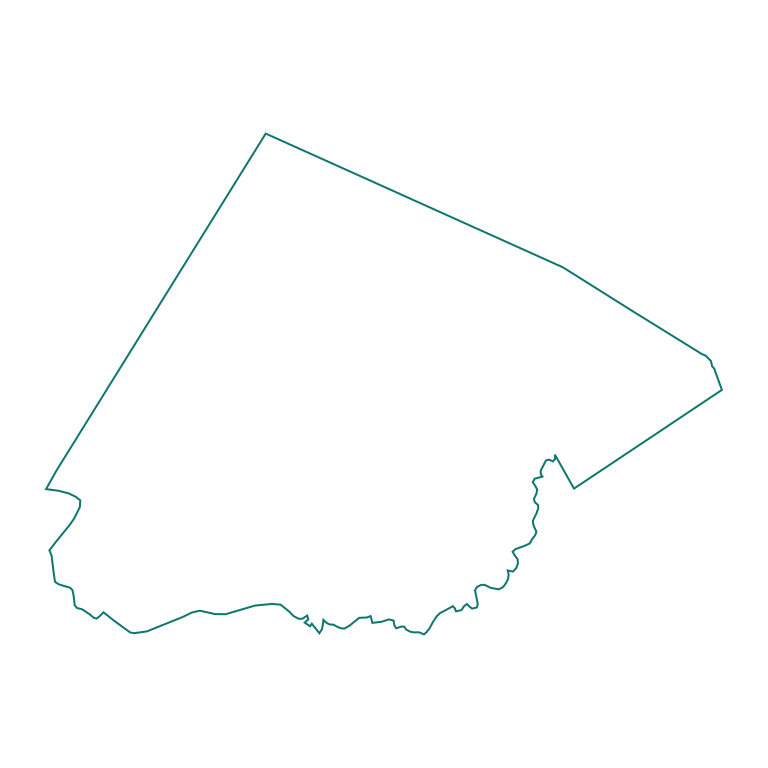 outline of Monte Alegre do Piauí, Piauí, Brazil
{"feature_id": "56859067B876733905901", "entity_name": "Monte Alegre do Piauí", "entity_type": "district", "adm_level": 2, "iso_a3": "BRA", "parent_name": "Brazil", "parent_adm1": "Piauí", "projection": "albers", "projection_center": [-45.01, -9.577], "detail": "fine", "context": "isolated", "style": "outline", "palette": "teal", "viewbox_px": 768, "rotation_deg": 0, "n_neighbors": 0, "source": "geoboundaries", "source_scale": "gbopen_adm2", "svg_char_len": 1926}
<svg xmlns="http://www.w3.org/2000/svg" viewBox="0 0 768 768"><path d="M265.7,133.6L119.6,368.9L56.4,470.7L46.1,489.1L58.2,490.7L68.7,493.4L75.6,496.7L80.3,500.4L79.8,507.2L74.1,518.6L69.5,525.2L56.1,541.6L49.4,550.3L51.6,555.7L53.7,573.0L55.0,581.8L58.7,584.3L64.5,586.1L70.1,587.7L72.5,590.2L73.6,595.6L74.7,605.2L77.2,608.1L81.9,609.2L89.8,614.4L93.7,617.7L96.6,618.6L100.2,615.7L103.5,612.3L114.2,620.8L130.1,632.4L133.9,633.2L146.9,631.4L182.9,616.9L191.9,612.5L199.8,610.7L215.2,614.1L225.6,614.2L254.9,605.6L272.1,603.9L280.7,604.7L289.8,612.1L293.2,615.8L298.9,618.9L302.6,618.6L307.2,615.6L308.3,619.3L304.7,622.6L310.1,626.3L311.8,623.7L319.4,633.2L321.9,629.4L322.9,624.5L323.4,619.9L326.4,622.7L329.4,624.4L333.6,624.7L337.0,626.7L340.8,628.3L344.4,628.6L349.7,625.5L354.1,621.9L359.3,617.8L366.8,617.5L370.6,616.1L372.4,622.9L381.5,621.8L388.9,619.4L393.6,620.6L394.4,625.5L396.3,628.3L401.1,626.6L404.2,626.7L406.3,629.7L410.3,631.7L414.3,632.4L419.1,632.3L424.0,634.4L426.6,632.1L429.6,628.2L432.9,622.1L436.6,616.4L440.2,613.0L446.2,609.9L452.9,606.2L454.8,608.3L456.0,611.4L461.4,610.1L464.2,606.1L467.0,604.0L469.0,606.2L472.1,608.6L476.7,607.5L477.8,604.2L475.0,590.2L477.0,587.0L481.2,584.9L484.7,584.9L490.8,587.9L498.8,589.3L503.0,587.1L506.1,583.0L508.2,578.5L508.6,574.4L507.7,570.5L513.0,571.6L516.3,568.0L517.9,563.5L517.6,559.2L514.9,555.6L512.6,551.8L515.4,549.1L524.0,546.1L529.8,543.4L532.3,538.8L535.3,535.1L536.4,531.6L534.5,527.8L533.1,523.7L532.9,520.8L534.8,516.7L536.5,513.3L538.3,508.0L538.0,505.0L534.8,502.2L533.9,498.9L536.3,494.0L537.2,489.5L535.3,486.0L532.8,482.2L534.6,478.7L542.4,476.6L540.8,474.0L540.7,470.6L546.0,460.4L549.0,459.6L552.9,461.4L555.2,458.9L554.9,454.7L574.0,488.6L721.9,389.9L714.1,368.4L712.1,366.3L711.0,361.1L705.8,355.7L701.9,354.1L640.1,315.8L637.1,314.0L563.0,267.4L412.1,199.5L392.7,190.7L265.7,133.6Z" fill="none" stroke="#0f766e" stroke-width="2"/></svg>